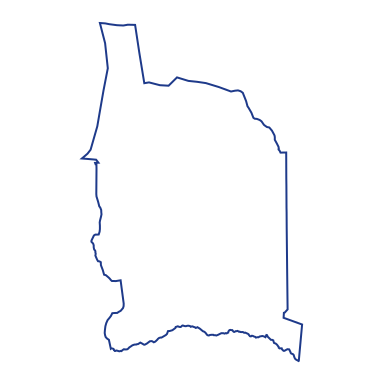 the district of San Juan Bautista Suchitepec, Oaxaca, Mexico
{"feature_id": "50627088B46515972883740", "entity_name": "San Juan Bautista Suchitepec", "entity_type": "district", "adm_level": 2, "iso_a3": "MEX", "parent_name": "Mexico", "parent_adm1": "Oaxaca", "projection": "equal_earth", "projection_center": [-97.646, 18.005], "detail": "fine", "context": "isolated", "style": "outline", "palette": "blue", "viewbox_px": 384, "rotation_deg": 0, "n_neighbors": 0, "source": "geoboundaries", "source_scale": "gbopen_adm2", "svg_char_len": 4105}
<svg xmlns="http://www.w3.org/2000/svg" viewBox="0 0 384 384"><path d="M205.9,83.1L197.0,81.8L188.4,80.9L177.0,77.4L176.4,78.0L168.6,85.7L159.9,85.2L149.0,82.4L144.3,83.2L139.3,52.6L135.1,24.9L127.9,24.7L123.4,25.5L117.0,25.2L109.3,24.2L105.3,23.4L99.9,23.0L105.1,43.2L107.8,68.3L103.5,90.5L99.6,112.9L97.3,126.3L90.6,149.7L87.5,153.7L81.9,158.5L87.0,158.9L92.8,159.4L96.1,159.7L98.4,162.7L95.1,162.9L95.5,164.0L96.4,163.5L96.5,168.8L96.3,194.0L96.5,196.5L98.1,201.7L99.3,206.4L100.2,207.5L101.2,210.0L101.3,212.4L101.5,214.3L101.0,216.7L100.0,220.6L99.7,222.4L99.9,225.7L99.9,229.1L99.6,231.7L98.7,234.5L97.0,234.6L95.3,234.6L93.9,235.5L91.5,240.5L91.5,240.8L91.4,241.6L91.5,241.9L91.9,242.3L93.1,243.5L93.7,245.3L93.7,247.1L93.8,247.9L94.1,249.2L94.4,249.8L94.8,250.2L95.1,250.5L95.4,251.4L95.4,252.7L95.5,252.9L95.7,253.7L95.6,254.4L95.5,255.1L95.4,255.3L95.4,255.6L96.1,257.3L97.0,259.4L98.0,261.2L99.5,261.4L100.8,262.2L100.9,265.1L102.8,270.1L104.1,274.7L105.9,275.2L108.7,277.6L109.8,278.7L110.8,280.0L111.9,281.0L114.0,281.0L115.7,281.1L120.6,280.3L123.7,303.6L123.6,306.2L123.0,308.1L120.7,310.8L118.5,312.0L117.3,312.9L114.6,313.0L112.3,313.2L110.9,316.0L109.7,317.6L108.8,318.7L107.6,320.1L106.3,323.0L105.4,326.2L104.9,330.2L104.7,333.0L105.1,335.3L105.7,337.1L107.1,338.6L108.9,339.8L110.8,348.7L111.3,348.3L112.2,348.5L113.0,348.7L113.5,348.9L113.8,349.5L114.0,350.2L114.5,350.3L114.9,351.0L115.2,351.0L116.6,350.5L118.9,351.2L119.3,351.3L119.9,351.2L120.8,350.9L121.5,351.1L122.2,350.4L123.1,349.7L124.0,349.2L124.3,349.3L124.9,349.5L125.9,349.4L126.6,349.4L127.5,349.2L128.4,348.4L129.3,347.4L130.1,346.9L131.6,345.9L132.1,345.5L132.4,345.3L133.3,345.0L134.3,344.6L136.4,344.5L136.9,344.2L138.0,344.1L139.1,343.4L140.3,342.6L142.4,343.7L143.8,344.6L144.7,344.7L146.8,343.6L149.8,341.3L151.5,341.1L152.3,341.3L153.8,342.3L155.3,341.6L157.3,339.7L157.9,338.9L159.2,337.9L160.8,337.5L161.3,337.6L162.0,337.3L165.9,335.0L167.0,333.9L168.0,331.1L169.7,331.0L172.4,330.2L175.4,328.0L175.7,327.0L177.8,326.3L179.3,326.9L180.4,327.0L181.0,326.8L182.0,325.8L182.5,325.5L182.9,325.5L183.7,325.8L184.8,326.1L185.9,326.2L187.2,325.8L188.3,325.7L189.9,326.0L190.8,326.8L191.2,326.6L191.8,326.4L192.7,326.4L193.3,326.8L195.0,327.3L195.6,327.9L196.5,327.7L197.4,327.2L198.6,327.9L199.9,328.7L201.8,330.3L202.9,331.2L204.4,331.8L205.3,332.6L206.0,333.4L206.9,334.7L207.8,335.3L208.9,335.5L209.8,335.0L211.5,334.8L213.3,334.8L213.8,335.2L215.3,335.2L216.3,335.5L217.1,335.2L218.1,334.8L221.3,333.2L223.3,333.2L224.6,333.6L225.8,333.1L226.7,333.4L227.3,333.0L228.2,332.6L228.2,332.1L228.7,331.0L229.5,330.1L230.4,329.9L231.3,330.1L231.8,330.1L232.3,330.1L232.8,330.8L233.2,331.3L233.7,331.8L234.5,331.9L235.6,331.2L236.4,331.2L237.5,330.9L238.3,331.3L238.9,331.7L239.7,331.6L240.2,332.0L241.6,332.1L242.8,332.0L244.2,332.8L245.2,332.6L246.7,333.3L247.7,333.7L248.5,334.2L248.8,334.8L249.4,335.5L249.8,336.1L250.2,336.3L251.1,336.3L251.6,335.8L252.3,335.8L253.0,336.0L254.2,336.6L255.3,336.9L255.9,337.6L257.4,337.2L258.4,337.3L259.7,336.5L261.3,336.2L262.3,336.0L263.9,336.4L265.4,337.2L266.4,335.0L267.1,335.2L267.6,336.6L270.9,339.8L272.4,339.9L273.3,340.4L273.5,341.4L274.1,343.0L275.6,343.5L276.7,344.4L277.4,345.2L278.0,346.1L278.7,346.9L278.7,347.7L279.5,348.4L281.0,348.3L281.7,348.3L282.0,349.3L283.5,350.8L284.5,350.8L285.7,350.1L287.4,349.2L289.2,349.4L290.0,351.1L290.5,352.2L290.7,352.9L291.3,353.6L292.7,354.0L293.7,355.0L294.1,356.4L294.5,357.6L295.0,358.6L295.9,359.5L296.9,360.1L298.0,360.5L298.4,361.0L298.8,360.8L302.1,324.5L283.6,317.8L283.9,312.8L284.7,312.6L287.6,309.4L287.2,275.1L286.7,228.1L286.6,212.1L286.5,207.5L286.5,205.9L286.4,185.9L286.3,178.3L286.2,152.5L280.5,152.6L279.5,150.5L278.7,149.7L278.5,149.1L278.8,148.6L278.5,146.8L276.9,143.6L274.8,139.8L274.8,137.1L274.5,135.4L272.0,130.7L269.3,127.5L266.9,127.0L265.2,125.8L263.9,124.8L261.5,121.3L259.7,120.0L256.9,118.9L254.7,118.7L253.4,117.8L251.4,112.7L248.5,107.7L247.5,106.3L246.1,101.1L242.8,92.8L240.6,91.2L238.0,90.4L235.0,90.7L231.0,91.5L218.7,87.0L205.9,83.1Z" fill="none" stroke="#1e3a8a" stroke-width="2"/></svg>